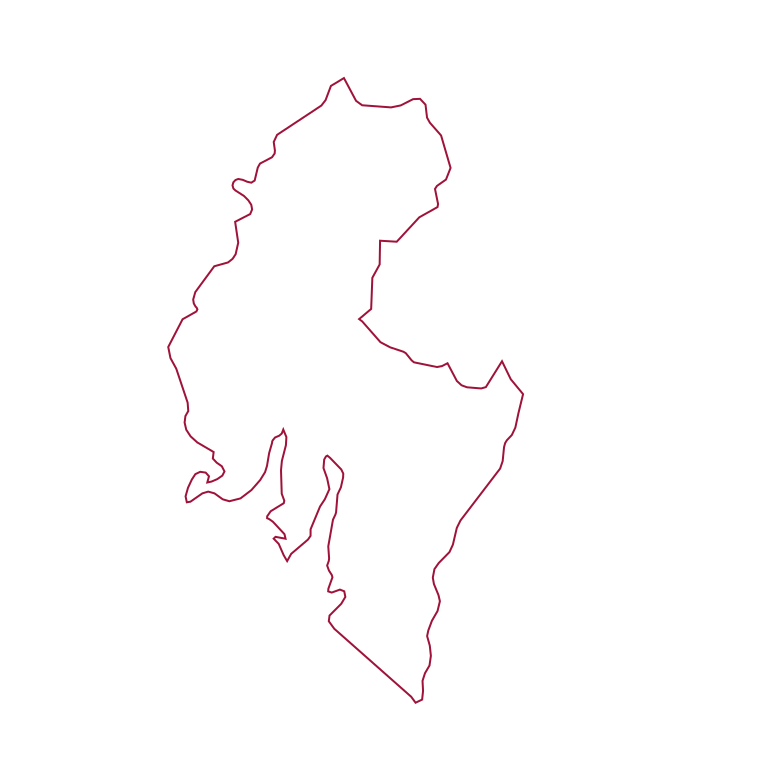 an SVG outline of Pontevedra, rotated 316°
{"feature_id": "ESP-5840", "entity_name": "Pontevedra", "entity_type": "Autonomous Community", "adm_level": 1, "iso_a3": "ESP", "parent_name": "Spain", "parent_adm1": "", "projection": "natural_earth1", "projection_center": [-8.552, 42.371], "detail": "fine", "context": "isolated", "style": "outline", "palette": "rose", "viewbox_px": 768, "rotation_deg": 316, "n_neighbors": 0, "source": "natural_earth", "source_scale": "10m", "svg_char_len": 2758}
<svg xmlns="http://www.w3.org/2000/svg" viewBox="0 0 768 768"><g transform="rotate(316 384 384)"><path d="M460.7,498.2L448.2,506.6L440.5,509.5L433.4,509.8L430.2,510.6L426.5,512.8L415.8,521.9L408.8,525.5L344.2,535.3L336.4,538.1L322.0,547.4L314.3,550.4L299.0,550.8L291.7,552.2L284.6,557.2L281.0,562.5L276.5,573.8L273.3,579.1L264.8,584.5L254.0,587.6L244.6,592.1L239.9,595.3L235.2,604.0L228.9,612.1L221.2,618.1L212.6,620.5L205.5,624.3L198.9,631.9L192.2,637.5L185.3,635.2L186.3,627.9L178.2,525.5L179.5,516.3L184.0,512.7L200.6,512.4L208.3,510.3L211.4,505.5L209.5,501.3L201.5,497.7L199.8,494.4L201.8,492.6L212.7,487.2L213.8,485.0L214.8,480.0L217.0,475.1L221.4,472.9L223.3,471.4L231.1,462.1L253.0,446.2L258.5,444.1L260.4,443.0L273.8,431.2L281.2,428.4L289.7,422.8L292.5,420.1L293.9,415.8L293.9,399.7L293.5,396.2L291.9,395.8L288.5,396.8L282.1,402.4L277.6,412.3L271.7,421.7L261.4,425.8L252.9,427.7L230.3,437.5L225.7,442.2L221.2,443.1L199.3,441.7L191.3,444.1L192.9,437.5L197.2,425.9L197.2,418.6L199.8,418.6L205.7,426.9L208.1,422.9L208.4,405.9L207.6,401.6L206.7,399.3L208.1,398.0L214.1,396.8L229.1,400.1L231.2,398.7L234.2,391.9L250.0,374.5L257.1,368.4L270.9,359.9L276.9,354.4L279.9,346.8L276.1,348.6L272.7,348.4L268.5,346.8L264.9,347.2L263.6,347.7L262.6,348.6L253.4,353.9L243.0,361.6L237.2,364.8L228.1,367.1L214.9,368.2L201.3,366.6L191.3,360.9L187.9,354.9L186.1,344.9L182.8,339.3L177.4,336.5L163.0,334.2L160.0,332.1L163.2,327.0L170.9,322.5L179.5,319.2L185.7,317.8L190.8,319.5L194.2,323.9L194.0,328.8L188.5,332.1L192.2,334.4L198.0,336.6L204.1,337.6L208.5,336.1L210.2,330.5L209.0,324.4L209.1,318.7L214.2,314.6L209.1,296.3L208.5,287.3L210.0,279.5L213.8,273.2L218.9,269.1L224.4,267.5L229.8,261.0L245.2,228.7L248.4,217.0L254.5,207.5L284.1,197.5L299.4,201.5L301.6,200.7L302.2,199.2L302.3,197.1L303.1,194.0L305.4,190.7L312.1,186.8L343.7,181.4L356.2,188.2L362.0,188.8L367.4,187.6L377.3,181.1L389.6,163.9L405.8,168.8L410.4,166.8L413.0,162.9L414.0,157.6L413.9,151.5L411.6,141.7L411.4,138.9L413.0,135.9L415.7,134.3L418.9,134.1L421.6,135.3L424.2,139.0L426.1,143.5L428.4,147.0L432.3,147.8L443.6,140.6L447.9,139.3L461.0,143.1L465.5,142.2L467.7,140.3L472.8,133.3L480.2,130.5L532.4,140.2L539.2,139.2L552.9,132.7L567.7,136.1L560.6,160.9L561.9,168.3L581.2,189.9L589.5,195.2L602.8,199.3L608.0,203.9L607.9,211.9L600.0,222.3L598.5,227.9L597.7,244.9L582.0,274.8L570.6,280.0L559.7,278.3L556.2,279.1L547.9,292.1L545.4,293.9L525.2,288.6L492.0,290.5L480.7,278.2L463.9,295.0L449.4,299.5L426.9,321.1L411.2,320.0L411.8,323.8L410.5,351.5L413.9,361.9L420.4,374.3L421.1,377.0L420.3,386.2L420.6,389.2L433.9,408.6L438.2,411.4L444.1,413.2L438.5,432.5L438.9,438.8L441.4,444.0L450.8,454.7L455.1,457.0L484.7,449.6L478.5,468.6L477.0,487.9L460.7,498.2Z" fill="none" stroke="#9f1239" stroke-width="2"/></g></svg>